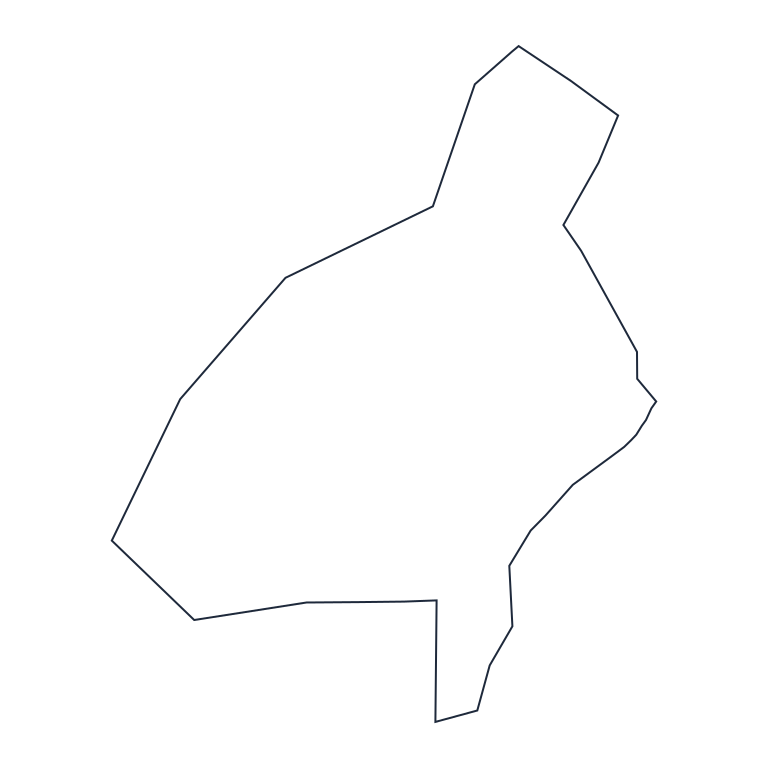 outline of Sainshand, Dornogovi, Mongolia
{"feature_id": "93677404B78585680282689", "entity_name": "Sainshand", "entity_type": "district", "adm_level": 2, "iso_a3": "MNG", "parent_name": "Mongolia", "parent_adm1": "Dornogovi", "projection": "equal_earth", "projection_center": [110.055, 44.624], "detail": "fine", "context": "isolated", "style": "outline", "palette": "slate", "viewbox_px": 768, "rotation_deg": 0, "n_neighbors": 0, "source": "geoboundaries", "source_scale": "gbopen_adm2", "svg_char_len": 566}
<svg xmlns="http://www.w3.org/2000/svg" viewBox="0 0 768 768"><path d="M512.1,51.5L474.8,84.3L432.9,206.3L285.5,277.8L180.2,399.1L111.8,540.6L112.3,541.1L194.2,620.0L306.5,602.5L359.3,602.1L404.1,601.6L436.6,600.4L435.4,721.9L477.3,710.5L489.7,665.4L512.4,626.3L509.3,565.8L530.7,530.5L545.5,515.5L572.8,484.8L612.8,455.4L624.2,446.9L631.2,440.1L636.3,434.7L641.8,425.8L646.0,420.0L651.4,408.3L656.2,401.5L637.2,378.8L637.0,351.9L581.2,250.9L563.4,225.0L598.6,162.6L618.1,115.5L571.0,81.0L518.6,46.1L512.1,51.5Z" fill="none" stroke="#1e293b" stroke-width="2"/></svg>